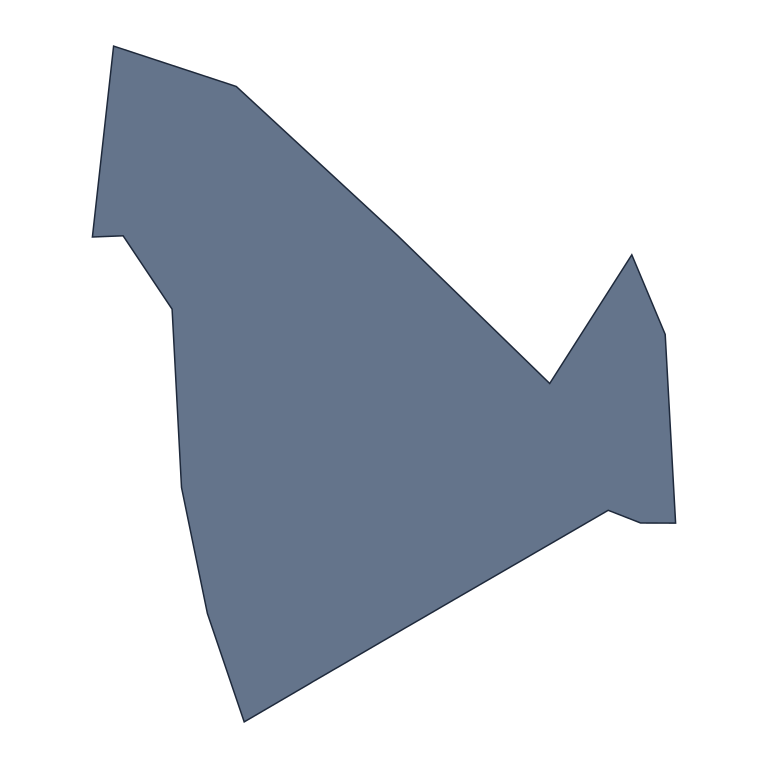 the district of La Trinidad Vista Hermosa, Oaxaca, Mexico
{"feature_id": "50627088B62865505468510", "entity_name": "La Trinidad Vista Hermosa", "entity_type": "district", "adm_level": 2, "iso_a3": "MEX", "parent_name": "Mexico", "parent_adm1": "Oaxaca", "projection": "natural_earth1", "projection_center": [-97.499, 17.778], "detail": "fine", "context": "isolated", "style": "filled", "palette": "slate", "viewbox_px": 768, "rotation_deg": 0, "n_neighbors": 0, "source": "geoboundaries", "source_scale": "gbopen_adm2", "svg_char_len": 524}
<svg xmlns="http://www.w3.org/2000/svg" viewBox="0 0 768 768"><path d="M92.4,237.0L123.1,235.8L172.1,309.2L181.5,487.4L207.4,613.5L244.2,721.9L310.6,683.1L312.5,681.9L330.1,671.7L332.8,670.1L342.2,664.7L349.7,660.3L381.6,641.7L404.8,628.2L414.5,622.6L427.8,614.9L442.4,606.4L453.4,600.0L513.0,565.5L517.7,562.8L520.3,561.3L535.4,552.5L545.1,546.9L608.2,510.3L640.6,523.0L675.6,523.1L665.2,334.4L631.8,254.8L549.7,383.5L397.5,235.5L236.3,86.5L113.6,46.1L92.4,237.0Z" fill="#64748b" stroke="#1e293b" stroke-width="1.5"/></svg>